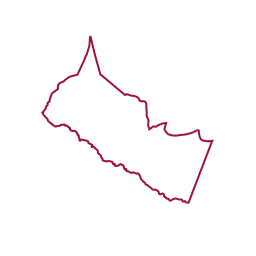 the district of La Encarnacion, Ocotepeque, Honduras, rotated 233°
{"feature_id": "27666195B87189366820588", "entity_name": "La Encarnacion", "entity_type": "district", "adm_level": 2, "iso_a3": "HND", "parent_name": "Honduras", "parent_adm1": "Ocotepeque", "projection": "natural_earth1", "projection_center": [-89.053, 14.662], "detail": "fine", "context": "isolated", "style": "outline", "palette": "rose", "viewbox_px": 256, "rotation_deg": 233, "n_neighbors": 0, "source": "geoboundaries", "source_scale": "gbopen_adm2", "svg_char_len": 5648}
<svg xmlns="http://www.w3.org/2000/svg" viewBox="0 0 256 256"><g transform="rotate(233 128 128)"><path d="M191.9,68.9L190.3,68.6L189.5,68.5L188.9,68.5L186.4,68.6L184.6,69.0L183.8,69.1L183.4,69.0L183.1,68.9L182.2,68.5L181.9,68.4L181.6,68.4L179.2,69.0L175.5,69.9L174.3,70.3L173.2,70.7L172.8,71.0L172.6,71.2L172.5,71.4L172.3,72.2L172.1,72.8L171.7,73.5L171.1,74.4L170.8,75.0L170.7,75.5L170.9,76.3L170.8,76.7L170.6,76.9L170.1,77.3L169.8,77.7L169.6,78.1L169.4,78.9L169.3,79.1L169.1,79.3L168.8,79.4L168.2,79.2L167.8,79.2L167.5,79.4L167.3,79.6L167.2,79.8L167.0,80.4L166.8,80.6L166.6,80.7L166.4,80.8L166.1,80.9L165.3,80.7L164.7,80.7L164.2,80.9L163.7,81.5L163.3,81.6L163.0,81.6L162.7,81.5L162.6,81.4L162.2,81.0L161.9,80.8L161.1,80.8L160.4,81.0L159.6,81.4L159.1,81.7L158.8,82.0L158.5,82.5L158.2,83.2L158.0,83.6L157.4,83.9L156.8,84.1L155.4,84.3L154.6,84.4L154.3,84.3L153.9,83.9L153.7,83.8L153.4,83.7L153.2,83.6L152.8,83.7L152.4,84.0L152.2,84.1L151.8,84.1L151.6,84.0L151.3,83.9L150.9,83.5L150.6,83.3L150.1,83.1L149.4,83.1L149.2,83.1L148.9,82.9L148.4,82.4L148.0,82.2L147.5,82.0L147.1,81.9L146.8,82.0L146.7,82.2L146.7,82.3L146.6,82.6L146.8,83.1L146.9,83.4L146.8,83.7L146.6,84.0L143.4,86.8L142.7,87.3L141.9,87.8L141.1,88.0L140.9,88.0L140.7,87.9L140.2,87.5L140.0,87.4L139.8,87.4L138.1,88.2L136.7,89.0L136.1,89.3L135.8,89.2L135.5,89.0L135.4,88.7L135.4,88.3L135.3,88.0L135.1,87.8L134.8,87.7L134.6,87.7L134.3,87.9L134.2,88.2L134.1,88.6L134.0,88.8L133.9,89.0L133.7,89.1L132.6,89.5L131.3,89.7L129.6,90.0L128.6,90.1L128.2,90.1L127.7,90.0L127.3,89.8L126.6,89.3L126.1,89.1L125.7,89.0L125.2,89.0L124.8,89.1L124.3,89.2L123.5,89.6L123.1,89.7L122.7,89.7L122.3,89.7L122.0,89.6L121.1,89.1L120.7,89.0L120.2,89.0L119.3,89.1L118.8,89.1L118.3,88.9L117.7,88.4L117.2,88.4L116.8,88.7L114.3,90.6L114.1,90.9L114.0,91.5L113.8,91.9L113.3,92.5L112.6,93.3L111.9,93.9L111.3,94.4L110.7,94.8L110.2,95.0L109.8,95.1L109.6,95.0L109.2,94.7L108.9,94.5L108.7,94.5L108.4,94.5L108.1,94.6L107.9,94.8L107.8,95.0L107.7,95.3L107.6,95.5L107.4,95.6L107.2,95.7L106.8,95.6L106.7,95.4L106.5,95.1L106.3,94.9L106.0,94.9L105.7,94.9L105.4,95.0L105.1,95.4L104.5,96.2L104.2,96.8L103.9,97.6L103.8,98.1L103.7,98.6L103.8,99.0L103.9,99.6L103.9,99.8L103.7,100.2L103.5,100.5L103.2,100.6L102.8,100.7L102.5,100.8L102.1,101.0L101.8,101.5L101.6,101.6L101.4,101.6L100.3,101.5L99.7,101.4L99.0,101.1L98.0,100.7L97.6,100.6L97.3,100.6L97.0,100.6L96.8,100.7L96.8,100.9L96.7,101.3L96.6,101.5L96.3,101.8L96.0,101.8L95.8,101.7L95.6,101.6L95.4,101.1L95.2,100.9L94.9,100.8L94.6,100.9L94.1,101.2L93.3,102.0L92.7,102.4L92.0,102.7L91.0,103.0L90.6,103.2L90.3,103.4L90.1,103.7L90.0,103.9L89.9,104.3L89.9,104.9L89.8,105.1L89.6,105.3L89.4,105.5L86.5,107.4L86.2,107.6L86.1,108.2L86.0,108.4L85.8,108.6L85.5,108.7L85.0,108.8L84.3,108.9L83.7,108.8L82.7,108.7L81.1,108.3L80.6,108.1L79.8,107.7L79.2,107.6L78.9,107.7L78.1,107.8L77.5,107.9L75.9,107.9L75.5,108.0L74.9,108.4L74.3,108.6L73.7,108.5L73.1,108.3L72.8,108.2L72.5,108.2L72.2,108.2L71.7,108.4L71.0,109.0L70.5,109.2L70.0,109.3L69.2,109.3L68.9,109.4L68.4,109.6L67.4,110.0L66.8,110.2L66.2,110.3L65.0,110.4L64.2,110.6L63.8,110.9L63.5,111.1L63.3,111.4L62.8,112.2L62.3,112.7L61.5,113.2L60.5,113.7L59.4,114.0L58.8,114.0L58.3,113.9L57.6,113.5L57.2,113.4L56.6,113.3L56.1,113.4L55.7,113.7L55.6,114.0L55.4,114.2L55.3,114.6L55.3,115.4L55.1,115.8L54.8,116.2L54.4,116.4L53.6,116.6L53.3,116.6L53.0,116.5L52.5,116.3L51.9,115.8L51.7,115.7L51.4,115.7L51.0,115.8L50.5,116.2L50.0,116.3L49.5,116.4L48.8,116.3L48.4,116.4L48.1,116.6L47.8,117.1L47.5,117.4L47.2,117.6L46.9,117.7L46.6,117.8L46.3,117.8L45.7,117.6L45.2,117.6L44.6,118.0L44.4,118.4L44.2,119.0L44.2,119.9L44.1,120.7L43.8,121.9L43.7,122.4L43.4,122.9L43.2,123.3L42.9,123.7L42.0,124.5L40.7,125.3L40.2,125.8L39.7,126.3L39.0,127.3L38.6,127.7L38.3,127.9L37.9,127.9L37.7,127.9L37.2,127.7L36.9,127.6L36.6,127.6L36.2,127.7L36.0,127.9L35.8,128.2L35.7,128.5L35.6,129.0L35.4,129.4L35.2,129.5L34.9,129.5L34.2,129.4L34.0,129.5L33.7,129.6L33.2,130.0L32.5,130.8L31.9,131.4L67.1,187.6L68.0,185.8L69.2,184.0L70.1,182.9L72.2,180.8L74.9,179.4L77.3,179.8L79.7,180.8L81.7,181.9L83.5,183.0L84.2,182.2L84.8,181.1L85.0,179.8L85.3,177.7L85.9,175.6L86.7,173.6L87.2,172.3L88.1,170.4L89.3,168.1L90.8,165.8L92.1,163.3L93.4,161.2L94.5,159.9L96.3,158.1L98.8,156.4L101.2,156.0L103.2,156.1L105.2,156.4L109.1,161.5L111.0,157.9L111.3,156.5L111.8,154.8L112.0,153.4L112.1,152.0L112.3,150.9L113.0,150.2L114.0,149.3L114.2,148.2L114.0,147.0L114.2,144.3L114.9,144.7L116.5,145.1L117.6,145.5L118.7,146.3L120.2,147.6L121.8,148.9L123.3,149.5L125.8,150.0L127.5,150.8L129.3,152.5L132.3,154.3L136.6,157.4L138.3,157.6L139.6,156.9L140.2,156.2L140.9,155.4L142.0,154.1L143.4,153.8L144.5,154.2L146.0,154.3L147.5,153.8L148.6,153.0L149.7,152.4L150.6,151.5L151.7,150.3L152.7,149.4L154.4,148.5L155.8,147.2L156.1,145.5L187.5,138.2L206.5,145.7L224.1,153.3L223.3,152.3L222.6,151.6L219.1,148.6L216.9,146.6L216.4,146.0L214.4,143.2L212.0,139.9L211.6,139.3L210.7,137.4L210.0,136.1L208.7,134.2L201.0,119.6L202.4,116.5L203.9,112.7L204.1,111.9L204.2,110.4L204.2,108.4L204.1,105.5L204.0,104.5L204.1,103.9L204.2,103.2L204.7,101.8L204.8,101.2L204.9,100.3L204.8,99.4L204.5,98.5L204.4,98.2L204.2,98.0L202.7,96.5L202.2,96.0L201.6,95.7L201.4,95.5L201.3,95.2L201.3,94.8L201.4,92.6L201.4,88.8L201.4,88.4L201.3,88.1L201.0,87.5L200.7,86.9L198.0,82.8L197.7,82.4L196.9,81.9L196.5,81.4L196.4,81.1L196.4,80.8L196.4,80.6L196.5,80.1L196.5,79.8L196.5,79.4L196.4,79.1L196.3,78.8L196.0,78.5L195.7,78.3L195.2,78.1L194.9,77.7L194.7,77.4L194.6,77.1L194.6,76.8L194.6,76.0L194.5,75.7L194.4,75.4L194.0,74.9L193.3,74.3L193.1,73.9L192.9,73.5L192.8,72.4L192.5,71.6L192.1,70.8L191.6,69.8L191.9,68.9Z" fill="none" stroke="#9f1239" stroke-width="2"/></g></svg>